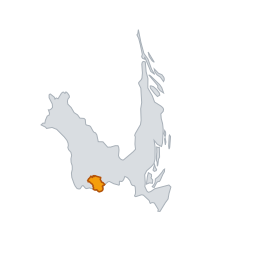 where Krapinsko-Zagorska sits in Croatia, rotated 223°
{"feature_id": "HRV-1582", "entity_name": "Krapinsko-Zagorska", "entity_type": "County", "adm_level": 1, "iso_a3": "HRV", "parent_name": "Croatia", "parent_adm1": "", "projection": "albers", "projection_center": [16.026, 46.085], "detail": "fine", "context": "in_parent", "style": "filled", "palette": "amber", "viewbox_px": 256, "rotation_deg": 223, "n_neighbors": 0, "source": "natural_earth", "source_scale": "10m", "svg_char_len": 4944}
<svg xmlns="http://www.w3.org/2000/svg" viewBox="0 0 256 256"><g transform="rotate(223 128 128)"><path d="M49.4,87.5L50.3,89.1L57.5,91.1L59.0,90.4L60.0,89.1L60.0,88.3L60.7,88.1L63.1,89.4L70.9,89.4L72.5,88.5L75.5,83.1L76.4,82.7L77.0,82.9L77.5,84.5L78.6,86.1L82.4,89.7L83.9,90.2L85.3,89.2L86.8,89.0L91.0,90.9L94.6,91.3L97.3,90.4L96.0,87.4L95.8,86.0L96.0,84.7L97.8,83.4L97.7,82.9L95.6,80.6L95.7,80.0L100.5,77.5L105.1,76.2L105.9,75.1L106.5,70.4L106.3,67.8L104.4,65.5L104.3,64.3L104.8,63.0L105.5,61.9L109.5,60.6L115.3,57.9L117.1,55.3L118.1,54.9L121.4,55.3L122.1,54.6L121.6,50.9L122.2,50.0L123.9,49.0L126.7,49.4L129.1,50.3L135.3,53.5L138.6,56.4L140.5,59.7L143.0,62.3L146.2,64.1L148.7,66.5L150.6,69.6L153.2,71.3L156.6,71.6L158.7,72.7L159.6,74.4L161.4,76.0L164.2,77.3L168.5,78.0L179.2,78.4L183.9,76.6L187.3,72.1L188.8,72.4L193.7,71.0L193.5,73.6L192.1,74.8L193.7,77.4L195.2,81.6L194.5,83.8L195.6,85.4L198.6,87.0L197.8,87.5L197.2,89.0L197.2,91.5L199.7,93.9L206.3,96.3L208.3,98.4L208.3,99.3L208.0,99.9L203.0,100.3L201.1,99.3L201.0,101.0L199.1,101.7L200.4,108.0L200.1,109.8L199.4,110.4L198.0,110.2L197.6,110.8L198.0,112.1L196.2,112.3L193.3,111.7L191.9,110.6L191.6,108.1L190.6,106.3L188.3,104.4L183.5,104.2L177.9,102.5L173.8,103.2L169.9,102.4L166.7,105.0L165.0,105.0L161.5,101.9L160.5,101.8L157.6,103.4L156.4,103.5L151.5,101.9L149.7,101.7L148.4,102.3L146.1,101.7L140.4,97.7L136.9,100.8L129.8,100.1L127.7,102.2L125.3,106.3L123.3,108.2L121.6,107.5L119.6,105.8L116.0,101.2L114.3,100.4L112.2,100.2L110.4,100.7L109.5,101.6L108.0,114.1L108.0,117.6L111.9,120.9L116.6,126.5L118.1,127.2L118.9,129.0L121.2,139.0L123.6,142.5L131.8,150.7L135.3,155.9L145.8,165.9L150.4,167.7L151.2,168.6L151.3,172.6L151.8,174.0L155.0,178.1L161.4,184.1L162.2,185.4L162.4,186.5L162.0,187.3L160.4,188.1L153.0,181.4L147.2,177.8L140.8,170.8L132.2,168.1L126.3,165.1L118.9,166.5L116.5,166.6L114.8,166.0L113.6,164.1L113.6,160.7L110.2,157.6L105.6,154.7L101.2,150.9L92.6,140.6L90.9,137.3L95.4,136.1L100.5,136.8L95.0,132.4L87.1,123.8L84.8,119.7L84.6,115.4L85.2,109.5L83.9,105.2L77.9,99.6L75.7,96.6L71.2,94.8L69.2,94.9L68.0,97.1L67.0,101.8L59.2,114.2L56.4,114.1L53.3,108.0L50.3,103.4L49.7,98.6L47.7,88.8L49.4,87.5ZM185.0,202.2L185.1,203.6L187.5,207.0L177.1,199.5L167.3,193.4L160.4,192.0L151.0,187.1L145.0,185.4L149.9,184.9L164.4,191.4L162.7,189.7L164.8,188.9L166.6,189.4L167.7,191.6L175.9,197.4L181.2,200.8L185.0,202.2ZM73.5,121.4L73.2,122.9L71.6,120.9L70.8,117.5L68.8,111.9L68.6,110.4L69.7,108.9L69.7,107.3L68.3,102.4L69.6,101.7L70.3,101.6L70.5,105.0L71.2,106.9L73.2,109.3L72.7,113.2L73.0,118.8L73.5,121.4ZM82.6,109.2L79.2,110.0L77.6,108.5L77.2,107.2L74.4,106.8L72.4,104.3L74.9,102.5L76.2,99.5L80.7,105.7L82.6,109.2ZM137.5,175.6L133.0,175.7L129.1,175.0L127.2,173.8L127.9,171.1L132.2,171.3L138.8,172.4L140.4,173.8L140.0,174.5L137.5,175.6ZM149.1,181.0L147.1,181.5L134.5,181.3L130.8,180.5L125.9,177.9L130.0,177.2L133.8,177.8L135.0,179.3L149.1,181.0ZM92.7,134.2L92.0,135.3L85.1,128.3L84.4,126.0L81.0,121.3L80.5,120.0L83.6,123.1L84.8,123.5L87.7,126.5L90.7,130.3L94.1,133.7L92.7,134.2ZM133.7,186.2L139.0,187.3L142.9,186.7L146.4,187.3L149.1,189.1L143.1,188.8L139.5,190.1L136.3,189.5L135.1,188.7L134.2,187.7L133.7,186.2ZM92.5,150.3L92.9,151.2L91.1,150.8L84.3,142.3L83.6,140.6L86.0,142.6L92.5,150.3ZM81.0,114.3L83.7,119.4L81.1,117.8L78.8,117.2L78.3,116.0L79.2,114.2L81.0,114.3ZM161.1,194.7L165.1,197.3L153.6,194.0L156.1,193.6L161.1,194.7ZM97.7,148.3L99.5,151.2L97.7,150.6L95.9,148.8L94.9,146.9L97.7,148.3ZM93.8,144.9L94.2,146.2L90.7,143.6L89.2,141.1L93.8,144.9Z" fill="#d9dde1" stroke="#a8b0b8" stroke-width="1"/><path d="M109.9,60.1L110.0,60.0L110.4,59.8L110.8,59.7L112.0,59.7L112.1,59.8L112.2,60.2L112.2,60.5L112.3,60.7L112.5,60.9L113.6,61.3L113.8,61.4L113.9,61.5L114.0,61.8L114.0,62.0L114.5,62.2L114.8,62.2L115.0,62.3L115.8,62.5L116.1,62.6L116.3,62.6L116.7,62.4L116.8,62.4L117.0,62.4L117.4,62.4L117.8,62.4L118.2,62.3L118.4,62.3L118.6,62.3L119.0,62.4L119.5,62.5L119.7,62.4L119.8,62.3L120.0,62.1L120.2,61.8L120.3,61.6L120.5,61.5L120.8,61.7L120.9,61.8L121.1,62.1L121.4,62.3L121.8,62.3L121.8,62.9L121.8,63.2L121.9,63.4L122.1,63.8L122.1,64.0L122.0,64.7L122.0,65.0L122.0,65.4L122.2,67.4L121.8,67.3L121.7,67.3L121.2,67.5L120.6,67.4L120.4,67.5L120.3,67.8L120.5,68.0L120.8,68.2L120.9,68.3L120.8,68.6L120.4,68.8L120.3,69.0L120.6,69.3L120.8,69.5L120.7,69.6L120.3,69.7L120.2,69.7L119.9,69.6L119.7,69.6L119.7,70.0L119.9,70.3L119.8,70.5L119.0,70.9L118.6,70.9L118.2,71.2L117.7,71.4L114.3,73.2L114.1,73.1L114.0,72.9L114.0,72.7L113.9,72.6L113.6,72.3L113.5,72.0L113.3,71.6L113.1,71.4L112.9,71.3L111.2,70.8L110.9,70.6L110.6,70.5L110.5,70.4L110.3,70.4L109.8,70.6L109.5,70.9L108.9,71.0L107.0,70.8L106.5,70.8L106.5,70.0L106.7,69.2L107.0,68.7L107.1,68.3L107.0,68.1L106.8,67.7L106.4,67.5L105.7,67.2L105.3,67.0L105.1,66.7L104.6,66.2L104.2,65.3L104.2,64.3L104.6,63.2L105.1,62.3L105.2,62.1L105.6,61.7L106.2,61.4L106.6,61.4L108.6,61.5L109.1,61.2L109.6,60.3L109.9,60.1Z" fill="#f59e0b" stroke="#b45309" stroke-width="1.5"/></g></svg>